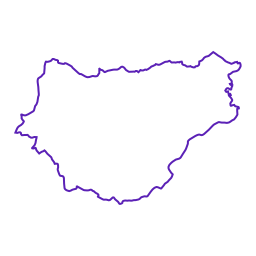 Dai Loc, Quàng Nam, Vietnam
{"feature_id": "81297802B98438479076374", "entity_name": "Dai Loc", "entity_type": "district", "adm_level": 2, "iso_a3": "VNM", "parent_name": "Vietnam", "parent_adm1": "Quàng Nam", "projection": "albers", "projection_center": [107.976, 15.834], "detail": "fine", "context": "isolated", "style": "outline", "palette": "violet", "viewbox_px": 256, "rotation_deg": 0, "n_neighbors": 0, "source": "geoboundaries", "source_scale": "gbopen_adm2", "svg_char_len": 5681}
<svg xmlns="http://www.w3.org/2000/svg" viewBox="0 0 256 256"><path d="M237.1,61.9L234.4,62.4L234.1,62.8L231.5,63.8L230.8,63.6L229.5,62.9L228.2,62.5L226.1,61.5L225.3,61.1L224.7,60.3L223.9,59.8L223.1,58.8L221.2,57.4L218.0,55.5L215.2,53.4L213.2,52.1L208.7,55.9L207.8,56.2L205.9,56.7L205.1,57.1L204.0,57.9L203.3,58.9L202.2,60.1L201.5,60.6L199.3,61.5L199.2,63.8L199.0,64.7L198.7,65.2L197.9,65.8L197.4,66.1L196.9,66.2L196.0,66.2L195.6,66.4L195.2,66.7L194.8,67.3L193.4,67.4L191.5,66.8L190.3,66.1L190.1,66.2L189.8,66.4L187.1,66.6L186.6,66.4L185.3,65.4L183.5,64.9L182.9,64.6L182.4,64.2L182.2,63.8L182.1,62.7L181.8,61.8L181.7,61.6L179.9,61.9L179.5,62.4L179.2,62.4L178.5,62.2L178.0,62.1L176.3,62.4L175.7,62.6L174.3,62.4L171.7,62.5L171.2,62.2L169.7,60.9L169.2,60.9L167.6,61.6L165.5,61.8L164.8,62.0L160.5,64.3L159.5,64.7L158.4,64.8L155.8,64.1L154.9,65.1L153.3,65.7L153.0,66.0L152.4,66.2L151.9,66.3L151.5,66.5L151.0,66.8L150.6,67.3L149.8,67.9L148.1,69.1L146.4,69.9L145.7,69.6L145.0,69.6L143.3,70.4L141.9,70.5L141.5,70.4L140.5,70.0L140.3,70.1L139.5,71.2L138.4,72.2L137.2,71.2L136.7,71.0L135.8,71.0L134.7,71.7L133.8,71.6L129.4,71.8L128.7,71.7L126.0,70.0L124.3,67.8L123.6,67.3L122.7,66.8L122.3,66.7L121.6,66.8L121.1,67.0L119.5,68.4L118.6,69.0L117.5,69.5L116.8,69.6L114.0,69.6L112.6,69.8L108.8,70.6L107.8,70.8L104.9,72.1L104.4,72.0L102.8,70.5L102.1,70.1L100.8,69.8L99.5,68.7L99.3,68.8L99.3,73.0L99.1,73.5L98.3,74.4L98.0,75.2L97.5,75.8L97.0,76.1L96.0,76.3L94.8,76.3L92.9,76.0L92.2,76.1L89.5,77.0L88.7,77.1L87.6,77.2L86.6,77.0L85.0,76.3L81.4,74.2L80.8,74.0L80.1,74.1L79.6,74.0L78.2,72.9L72.6,67.8L71.7,66.5L70.3,65.6L66.8,63.7L65.7,63.3L64.9,63.2L64.2,63.8L63.1,63.9L61.4,63.6L58.8,63.0L58.5,62.9L58.2,62.5L58.0,62.0L58.0,60.9L58.0,60.7L57.8,60.5L57.1,60.1L55.3,59.8L54.7,59.4L53.6,59.0L52.7,59.0L52.2,59.4L51.1,60.7L49.8,61.3L47.8,61.8L46.7,61.8L46.0,61.6L45.9,61.7L45.4,62.7L45.1,63.9L44.6,66.1L44.6,68.2L44.2,72.7L44.1,73.4L42.3,75.1L41.8,75.8L41.0,76.6L39.1,77.8L38.3,78.4L38.0,78.9L37.7,80.0L37.6,81.1L37.7,82.5L38.3,87.0L38.5,90.5L38.8,93.9L38.8,95.2L38.2,96.8L37.4,101.9L36.4,104.5L35.3,105.8L35.1,106.2L34.4,108.8L34.0,110.3L33.7,110.8L33.2,111.3L31.0,112.6L28.3,114.2L25.8,115.3L24.9,115.4L24.3,115.3L23.3,115.1L21.8,114.5L21.3,114.6L21.2,114.9L21.7,116.7L21.6,118.1L21.7,118.5L22.5,119.8L23.6,121.0L23.8,121.3L23.8,121.6L22.7,123.5L21.8,124.3L21.2,124.9L18.9,126.3L17.7,127.5L16.8,129.2L15.4,132.6L17.3,132.9L18.8,132.4L19.6,132.3L20.3,132.4L20.9,133.0L21.1,134.3L21.6,134.9L21.9,135.2L22.4,135.2L24.4,135.0L26.5,135.0L27.0,134.9L27.4,134.9L28.1,135.3L29.2,136.7L30.3,137.2L31.1,137.7L32.2,137.7L34.3,137.0L36.6,137.1L36.5,138.0L36.0,140.0L35.5,143.0L35.1,144.0L34.5,145.3L32.2,147.9L32.1,148.1L32.2,148.3L33.2,148.5L33.9,148.4L35.2,147.9L35.5,147.9L35.8,148.2L36.1,149.3L36.6,150.5L39.2,153.5L40.6,152.5L41.7,151.8L43.6,151.1L44.4,150.4L45.2,151.0L47.4,153.8L51.2,157.2L51.6,158.1L52.0,159.4L53.9,161.9L54.4,162.8L54.6,163.7L54.8,163.9L55.5,163.7L56.3,163.7L57.0,163.7L57.6,163.9L57.9,164.5L58.1,165.7L58.1,167.7L57.8,168.5L57.7,169.7L58.0,170.8L59.2,174.1L59.9,175.5L60.5,175.8L62.4,176.1L63.2,176.5L63.7,177.4L63.9,178.1L64.1,183.6L64.5,187.6L64.7,188.6L65.1,189.1L66.0,189.9L67.2,190.5L69.2,191.1L70.8,190.6L72.0,189.9L73.4,189.4L76.0,188.8L76.6,188.1L76.8,186.5L77.1,186.4L83.6,190.0L84.3,190.2L86.7,190.4L88.0,190.4L89.1,190.2L90.2,189.8L90.8,189.7L91.3,189.8L91.6,189.9L91.9,190.1L92.5,190.8L93.8,191.2L94.6,192.0L96.2,193.2L97.5,193.8L98.3,194.6L98.5,195.1L98.4,195.6L97.9,196.4L97.9,196.7L102.7,199.3L103.9,199.7L105.3,199.6L106.7,199.7L107.8,200.0L108.9,200.3L110.1,199.9L112.7,197.5L113.4,197.4L113.9,197.6L115.2,199.4L118.1,201.8L119.0,203.2L119.5,203.8L120.0,203.9L120.6,203.8L121.7,203.4L122.3,202.9L122.5,201.8L123.0,201.1L123.7,200.8L125.1,200.5L127.6,200.7L128.7,200.5L129.9,200.5L130.9,200.7L132.1,200.6L133.5,200.2L135.6,200.1L137.1,199.8L138.4,199.5L139.5,199.0L140.2,198.3L141.0,197.5L141.7,197.1L144.4,196.3L146.6,196.5L147.3,196.3L147.6,196.1L150.8,191.6L152.6,189.4L154.5,187.8L156.4,187.0L157.7,187.2L160.8,188.5L161.1,188.5L161.4,188.3L163.9,185.2L164.9,183.7L167.7,181.8L168.8,180.4L171.2,177.9L172.0,176.4L172.7,174.3L171.2,172.8L169.0,169.5L168.6,168.5L168.5,167.6L168.5,166.9L168.8,166.1L169.5,164.7L171.1,163.0L172.6,161.7L175.8,159.6L176.8,159.3L179.0,158.7L180.3,157.9L180.8,157.3L182.7,154.2L185.3,150.2L186.1,148.6L187.8,143.9L187.9,143.3L187.9,141.7L188.0,141.2L188.5,140.5L189.7,139.4L195.3,136.0L196.9,135.2L198.3,134.7L199.1,134.6L199.5,134.6L201.2,135.1L201.6,135.1L202.3,135.0L203.2,134.6L204.2,133.9L208.9,129.7L212.1,126.3L213.2,125.2L214.2,124.4L217.8,122.5L218.5,122.2L219.0,122.1L221.8,122.6L224.5,122.6L226.8,122.9L228.0,122.7L229.1,122.4L230.3,121.7L232.1,120.4L234.1,119.4L235.8,117.3L236.9,115.5L237.4,114.6L237.4,114.3L237.2,111.0L237.2,109.1L237.3,108.7L237.5,108.6L238.8,108.5L238.9,108.3L238.7,107.3L238.4,107.0L235.2,106.2L234.2,104.9L232.7,105.2L231.0,105.8L230.8,105.6L230.6,105.4L230.3,103.6L230.8,102.5L232.1,100.7L232.2,100.1L232.1,99.6L231.1,98.0L229.3,96.0L230.8,95.2L230.6,94.6L230.2,93.9L228.7,94.3L228.0,91.4L226.3,91.9L225.3,90.6L226.0,89.3L226.6,88.6L227.0,88.3L227.8,88.2L228.5,88.4L230.1,89.5L230.4,89.5L231.0,89.5L231.3,89.1L231.4,87.9L232.2,86.1L231.8,85.5L230.1,84.4L230.0,84.2L229.9,83.9L230.6,83.8L232.1,84.1L231.8,83.3L231.7,82.3L231.8,81.7L231.5,80.6L230.0,79.1L229.5,78.5L229.1,77.8L228.6,76.6L228.4,75.3L228.5,74.7L228.9,74.3L230.2,74.0L232.4,72.3L233.1,71.8L236.5,71.1L237.5,70.6L238.4,70.0L239.1,69.1L239.9,67.8L240.4,66.8L240.6,66.2L240.6,64.9L240.2,63.4L239.9,63.0L239.6,62.9L239.3,62.8L239.0,62.9L238.6,63.3L237.8,63.4L237.6,63.2L237.4,62.7L237.1,61.9Z" fill="none" stroke="#5b21b6" stroke-width="2"/></svg>